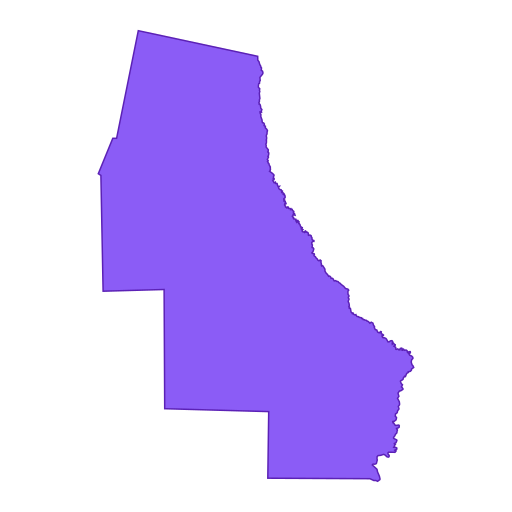 outline of La Paz, Mendoza, Argentina
{"feature_id": "61730980B24308348826219", "entity_name": "La Paz", "entity_type": "district", "adm_level": 2, "iso_a3": "ARG", "parent_name": "Argentina", "parent_adm1": "Mendoza", "projection": "orthographic", "projection_center": [-66.916, -33.675], "detail": "fine", "context": "isolated", "style": "filled", "palette": "violet", "viewbox_px": 512, "rotation_deg": 0, "n_neighbors": 0, "source": "geoboundaries", "source_scale": "gbopen_adm2", "svg_char_len": 6105}
<svg xmlns="http://www.w3.org/2000/svg" viewBox="0 0 512 512"><path d="M164.7,408.7L268.7,411.6L267.8,478.2L369.9,478.7L373.8,480.5L375.9,480.5L377.6,481.3L379.9,479.6L380.0,478.9L379.4,476.2L377.5,471.8L377.0,469.3L372.3,465.0L372.5,464.5L373.2,464.1L374.6,464.2L375.8,463.9L376.4,463.4L377.3,459.9L377.0,458.9L377.1,456.6L378.1,455.6L380.8,455.3L383.5,454.4L384.6,454.7L387.1,456.9L388.6,457.1L389.1,456.6L389.2,455.4L387.9,453.7L388.1,452.6L388.6,452.2L395.0,452.3L396.1,450.9L395.8,450.4L395.0,450.5L394.7,450.2L396.8,449.1L396.8,448.0L395.7,447.4L393.8,447.3L394.4,446.3L394.6,445.3L395.3,444.4L394.3,443.8L394.3,443.5L396.0,442.7L396.9,440.5L396.7,439.9L393.7,438.4L393.5,437.9L394.1,436.6L394.8,435.9L395.4,434.4L396.9,432.8L396.9,431.8L397.4,430.2L397.3,429.7L396.5,428.7L396.5,428.4L397.8,428.1L399.1,427.3L399.3,425.8L399.1,425.3L398.2,425.0L397.5,425.3L395.3,425.4L393.9,423.4L393.0,422.8L392.7,421.6L393.1,421.3L393.9,421.6L396.0,419.9L396.4,418.6L396.5,417.4L395.3,416.3L395.5,413.9L396.8,413.1L397.3,412.4L397.5,411.0L399.0,408.9L398.3,406.4L399.5,404.8L399.6,404.0L399.3,401.7L397.5,398.3L398.9,396.3L398.0,393.1L399.4,391.1L399.9,390.8L400.6,390.9L402.9,389.4L403.0,388.8L402.0,387.3L401.4,386.9L402.5,384.8L401.2,383.5L400.4,381.3L400.6,380.8L402.4,379.9L403.1,379.2L403.3,378.0L404.6,376.3L405.0,376.7L405.4,376.6L406.7,373.4L408.3,372.5L408.2,371.8L410.4,371.3L411.4,370.2L411.5,369.1L413.7,367.5L413.1,366.0L412.0,364.7L411.2,362.0L411.7,359.7L412.9,358.5L412.8,357.3L411.6,356.0L409.7,355.2L408.9,353.7L410.3,352.9L410.4,352.2L410.2,351.6L409.1,351.6L407.8,352.6L407.3,352.0L407.3,351.3L407.0,350.6L406.0,350.0L404.5,350.3L403.6,349.2L402.8,350.2L402.2,350.3L401.9,350.0L402.2,348.8L402.0,348.3L401.5,348.1L400.3,348.4L400.0,348.9L400.0,349.8L398.9,349.9L398.7,349.5L397.6,348.9L396.6,349.4L395.9,349.3L395.7,347.3L393.9,346.2L394.2,345.9L394.9,345.8L395.2,345.3L395.2,344.7L394.6,344.5L393.3,343.0L392.3,344.1L392.2,343.5L392.7,341.5L392.0,340.7L391.3,340.7L390.3,340.9L389.3,341.8L388.0,341.9L386.4,339.0L385.7,338.3L383.9,337.6L383.2,337.8L382.5,337.3L382.0,336.0L382.6,335.3L383.3,335.5L383.5,335.1L382.5,334.2L381.5,333.9L381.1,333.4L381.3,331.8L380.7,331.5L379.2,332.8L377.6,332.1L376.8,330.0L375.3,329.6L374.3,327.6L374.6,326.9L374.3,326.1L373.7,325.7L372.9,323.1L371.2,322.2L369.9,323.2L368.3,321.5L367.0,321.1L366.8,320.6L366.0,320.2L365.0,320.2L364.4,319.7L363.2,319.6L362.6,318.4L361.7,318.5L361.3,317.7L359.2,317.4L358.7,316.7L357.0,316.5L356.0,315.2L355.9,314.6L354.9,314.9L353.8,314.4L353.4,313.6L352.6,313.7L352.7,312.9L352.0,313.0L351.0,311.9L350.5,308.7L350.1,308.3L349.3,308.3L349.1,307.8L349.5,307.1L348.9,306.5L349.3,305.7L349.2,304.4L348.9,303.0L348.2,301.8L348.4,300.6L349.0,299.4L348.9,298.7L348.3,297.9L348.4,297.0L349.0,296.1L348.8,295.3L348.1,294.6L347.9,292.5L348.0,291.0L348.7,290.2L348.5,289.9L347.9,289.1L345.5,288.5L343.7,286.3L341.0,284.3L340.3,283.4L338.8,282.6L338.2,281.7L337.6,281.4L336.5,281.4L335.8,280.6L334.2,280.9L332.9,278.6L332.0,278.2L331.1,278.4L330.7,277.1L330.1,276.4L329.3,276.0L328.6,276.3L327.5,274.4L326.2,273.2L325.0,271.2L324.9,269.1L324.4,268.3L322.9,265.9L322.5,265.6L321.7,266.0L321.5,265.7L321.3,263.4L320.9,262.2L321.1,260.8L320.5,260.5L320.4,260.1L319.9,260.1L319.0,260.8L317.8,260.1L317.3,259.0L315.9,257.7L315.5,256.8L314.1,255.8L314.0,255.1L314.4,254.4L314.1,253.7L312.3,253.4L311.9,252.9L313.1,251.4L313.8,248.9L313.0,247.7L312.1,247.5L312.4,244.9L311.7,244.0L311.9,243.3L311.7,242.5L313.0,241.3L313.9,241.4L314.0,240.8L313.7,240.4L313.0,240.4L312.1,239.5L311.9,237.5L311.3,236.8L311.1,235.6L309.9,235.0L308.7,235.4L308.4,235.2L308.3,233.1L307.4,232.2L306.4,232.2L306.1,231.5L305.4,230.9L305.0,231.2L304.9,232.3L304.5,232.5L303.9,231.9L303.0,231.9L302.3,231.5L302.1,230.6L302.9,229.6L301.3,229.0L301.3,228.6L302.3,227.9L302.3,227.6L301.1,227.3L301.2,227.0L300.2,225.8L300.1,224.8L299.1,223.3L298.8,223.4L299.0,221.7L298.4,221.4L298.0,220.5L297.1,220.4L297.8,221.5L297.7,222.0L296.8,222.5L295.8,220.6L295.9,219.3L293.6,218.8L293.4,218.2L293.7,218.0L293.5,217.3L292.8,217.0L292.3,216.2L293.1,215.3L293.1,214.5L293.3,214.2L293.9,214.9L295.0,215.2L294.5,213.6L293.4,212.7L293.8,211.4L292.5,210.4L292.2,209.4L290.7,209.6L290.9,208.6L288.9,208.6L288.1,208.0L288.5,207.5L288.0,206.9L287.3,207.0L287.3,207.5L286.7,207.9L285.4,206.8L285.4,206.0L284.6,205.1L284.6,204.5L284.9,203.5L285.2,203.4L285.8,203.9L286.1,203.3L285.1,202.0L285.3,201.4L284.9,201.0L283.9,201.0L283.9,200.7L284.4,200.4L284.6,199.9L283.8,199.4L283.8,198.7L285.1,197.7L285.1,195.9L284.6,195.4L284.5,194.5L284.2,194.1L283.7,194.6L283.3,194.4L283.8,193.5L282.7,192.5L282.1,192.8L281.7,192.4L282.4,191.4L282.4,191.0L281.4,191.0L281.1,189.7L279.8,189.5L278.8,188.5L278.5,187.4L279.4,186.3L278.1,186.4L277.6,185.6L277.1,183.5L276.5,183.3L275.7,183.5L275.3,183.0L275.3,182.3L274.6,182.8L273.9,182.6L273.9,182.1L273.2,181.3L272.7,180.2L274.0,179.7L274.2,178.8L273.2,178.2L273.6,177.5L273.5,176.1L274.0,175.7L273.9,174.8L272.5,173.4L269.6,171.3L270.2,170.7L270.1,169.9L270.5,169.3L270.2,167.8L270.4,167.1L269.2,164.9L268.9,163.5L268.1,162.9L268.1,162.2L267.5,161.5L268.2,160.7L267.3,159.4L268.5,157.1L267.9,156.3L268.4,155.7L268.8,153.8L268.7,152.7L268.1,152.4L267.8,151.8L268.2,151.4L268.3,149.8L266.1,147.0L266.2,145.2L265.8,144.1L266.4,143.0L266.5,140.6L266.2,140.1L266.6,139.0L266.6,137.2L266.3,136.3L266.4,135.1L267.0,134.0L267.1,131.8L267.5,130.8L266.9,129.4L265.3,127.8L265.4,126.2L264.1,125.6L264.4,124.1L263.6,122.9L262.5,122.7L262.2,121.8L262.0,119.8L260.8,116.6L260.9,114.7L260.8,114.1L260.3,113.7L260.0,112.0L261.5,112.2L261.3,111.2L261.9,109.5L260.8,108.3L260.5,105.9L260.0,104.4L259.1,104.1L259.2,103.4L258.9,102.6L259.4,101.6L259.4,99.8L259.9,98.5L259.3,93.2L259.8,91.5L259.4,90.0L259.8,88.9L258.3,87.1L258.5,84.9L258.7,83.7L259.5,83.3L259.6,81.2L260.2,80.7L259.9,77.4L262.5,74.2L262.9,73.3L262.9,72.4L262.5,71.1L261.3,70.3L261.5,67.9L260.8,67.2L260.8,66.3L259.7,64.3L259.0,61.7L257.8,60.2L257.7,56.3L138.3,30.7L116.6,138.3L112.8,138.3L98.3,173.7L100.9,175.4L103.1,291.2L164.1,289.5L164.7,408.7Z" fill="#8b5cf6" stroke="#5b21b6" stroke-width="1.5"/></svg>